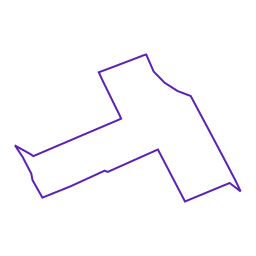 Bujoru, Teleorman, Romania
{"feature_id": "2599482B95855728618173", "entity_name": "Bujoru", "entity_type": "district", "adm_level": 2, "iso_a3": "ROU", "parent_name": "Romania", "parent_adm1": "Teleorman", "projection": "robinson", "projection_center": [25.511, 43.706], "detail": "fine", "context": "isolated", "style": "outline", "palette": "violet", "viewbox_px": 256, "rotation_deg": 0, "n_neighbors": 0, "source": "geoboundaries", "source_scale": "gbopen_adm2", "svg_char_len": 515}
<svg xmlns="http://www.w3.org/2000/svg" viewBox="0 0 256 256"><path d="M240.6,191.4L235.5,180.6L224.8,160.1L212.1,136.1L190.7,96.0L177.7,91.1L164.7,82.8L153.7,71.6L146.2,54.5L143.3,55.4L121.1,63.9L98.8,72.3L102.4,80.2L116.2,108.3L119.4,114.8L121.1,118.7L84.2,134.4L33.3,156.1L30.4,154.1L15.5,145.8L15.4,146.0L22.7,157.1L31.3,173.7L32.5,180.1L42.4,197.6L70.1,186.5L104.6,170.7L107.7,171.9L157.9,149.5L185.0,201.5L189.5,199.6L194.1,197.7L229.6,183.0L240.6,191.4Z" fill="none" stroke="#5b21b6" stroke-width="2"/></svg>